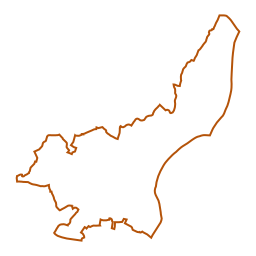 Campo De La Cruz, Atlántico, Colombia (orthographic projection)
{"feature_id": "7082276B53254947845178", "entity_name": "Campo De La Cruz", "entity_type": "district", "adm_level": 2, "iso_a3": "COL", "parent_name": "Colombia", "parent_adm1": "Atlántico", "projection": "orthographic", "projection_center": [-74.896, 10.416], "detail": "fine", "context": "isolated", "style": "outline", "palette": "amber", "viewbox_px": 256, "rotation_deg": 0, "n_neighbors": 0, "source": "geoboundaries", "source_scale": "gbopen_adm2", "svg_char_len": 5795}
<svg xmlns="http://www.w3.org/2000/svg" viewBox="0 0 256 256"><path d="M81.5,240.6L81.6,239.4L82.1,238.4L83.8,237.6L84.2,237.5L84.2,236.9L84.0,235.9L83.5,234.9L82.9,233.9L82.4,233.4L81.0,232.5L84.7,227.1L85.6,227.6L86.5,228.5L88.6,226.1L90.1,227.0L92.2,226.0L93.4,225.6L94.1,225.6L95.4,225.7L100.1,225.5L99.7,224.5L100.6,219.5L101.4,219.9L102.3,220.1L103.2,220.3L106.4,220.3L108.5,219.8L109.3,219.8L109.5,219.7L109.6,219.2L109.3,218.8L109.3,218.6L109.3,218.4L109.5,218.3L110.1,218.3L110.9,218.6L111.7,219.3L112.0,220.2L112.1,221.1L112.3,221.4L112.8,221.8L111.8,228.2L114.3,229.0L114.4,228.5L114.8,226.6L115.0,222.2L118.7,222.2L121.1,222.0L122.2,221.9L123.8,218.9L126.6,219.5L124.9,223.3L131.3,226.7L132.0,227.6L132.7,229.8L137.4,232.0L137.7,232.0L140.0,232.4L140.0,232.2L140.8,232.5L142.3,231.6L143.2,232.3L147.2,234.4L151.2,237.7L152.6,235.0L160.6,222.5L161.4,220.2L161.7,218.5L160.9,214.4L160.7,212.2L159.4,204.0L158.5,200.6L155.8,195.2L155.1,193.3L154.9,192.2L154.8,190.6L155.0,189.1L155.3,187.9L155.9,186.6L156.5,182.2L158.2,176.3L160.4,171.2L163.5,165.5L164.9,163.3L166.0,161.9L168.4,159.1L172.3,155.1L174.3,153.3L176.1,151.9L178.7,149.4L181.3,147.2L182.9,146.1L187.4,143.3L192.2,139.8L194.2,138.5L195.7,137.6L197.4,136.8L200.0,136.1L201.0,135.7L202.6,135.3L204.1,135.1L206.6,135.2L209.9,135.4L212.5,129.5L213.4,127.8L216.9,122.5L221.2,117.5L222.9,115.7L224.1,113.5L225.6,109.6L227.4,105.7L228.6,101.9L230.5,94.0L231.2,90.5L231.5,87.7L231.6,83.8L231.4,79.7L231.7,72.7L232.5,57.9L233.0,52.8L234.4,42.6L236.6,37.2L239.3,31.5L236.9,28.8L230.9,20.2L229.3,18.4L226.8,16.1L226.0,15.7L224.0,15.4L219.5,15.4L217.7,19.9L216.0,23.0L214.7,26.2L214.1,27.2L214.0,27.4L213.8,28.2L213.4,29.1L212.3,29.1L212.1,29.2L212.1,29.5L211.9,29.9L211.7,30.2L210.9,30.4L210.3,30.4L209.6,30.7L209.4,30.9L208.9,32.3L209.0,32.7L209.3,33.6L209.2,34.4L209.1,34.6L208.6,35.1L207.3,36.8L207.0,37.4L206.8,38.5L206.4,39.3L206.2,40.6L205.8,41.4L205.5,42.0L204.3,43.3L202.7,45.4L202.7,45.6L201.8,46.8L200.4,48.7L199.5,49.7L198.5,50.3L196.7,55.2L194.9,58.0L194.2,59.9L193.7,60.8L191.4,60.0L190.9,60.5L190.5,61.1L190.0,61.6L188.8,62.2L187.9,62.4L187.5,62.6L186.6,64.1L185.8,66.3L185.5,66.7L185.0,67.1L184.1,68.0L183.3,69.0L183.0,69.6L182.8,70.5L182.3,72.1L182.2,72.7L181.2,74.6L181.1,75.0L180.9,76.4L180.9,77.6L181.0,79.9L181.2,80.5L180.5,82.6L180.1,84.1L179.8,86.0L177.6,85.8L174.8,84.6L173.6,84.5L173.9,86.3L174.2,87.3L175.0,88.8L175.1,89.4L175.2,91.1L175.1,93.1L175.5,94.0L176.0,94.8L176.3,95.9L176.0,97.4L175.0,100.0L174.9,100.5L174.9,101.5L175.2,103.9L175.0,106.3L174.8,107.6L174.0,110.3L173.5,111.2L172.7,112.4L171.3,113.0L170.8,113.1L170.5,113.0L170.3,112.9L169.9,112.5L169.7,111.7L169.1,110.6L168.6,110.3L167.8,109.9L167.0,109.8L166.3,110.0L165.6,110.3L159.8,104.8L159.5,105.3L158.7,106.0L157.6,107.3L155.6,109.2L154.3,110.8L153.9,111.6L153.8,112.0L153.4,112.5L153.1,113.5L152.8,114.5L152.6,114.8L151.8,115.3L151.4,115.5L148.8,115.8L147.7,116.2L146.8,116.6L146.2,117.0L145.3,118.3L144.5,119.5L144.2,119.9L142.6,120.4L141.5,120.5L140.4,120.3L139.8,119.9L139.3,119.5L138.3,118.9L137.9,118.8L137.1,118.6L136.7,118.8L135.8,119.2L135.6,119.4L134.6,120.9L133.4,122.4L133.1,123.0L132.5,123.8L131.4,125.6L130.6,125.1L129.2,124.6L128.9,124.5L127.9,124.6L126.9,124.9L126.1,125.3L124.9,126.4L123.5,127.1L123.3,127.2L121.9,127.1L121.4,126.8L120.7,126.1L120.2,126.5L119.9,127.2L120.0,127.9L119.8,128.3L119.8,129.9L119.6,132.9L119.1,134.5L118.3,136.8L117.7,139.0L116.4,138.6L115.4,138.2L112.6,136.6L110.6,135.7L109.3,134.6L107.6,133.5L107.1,133.0L106.9,132.8L106.6,132.5L106.3,132.2L106.1,131.6L106.2,130.9L106.0,130.3L105.4,129.7L104.7,129.3L103.3,128.1L103.0,127.6L102.6,127.4L102.3,127.1L98.4,128.1L96.5,127.4L96.3,129.1L95.0,129.2L94.0,129.4L91.9,130.4L86.2,132.8L84.8,133.5L83.6,133.9L82.3,134.0L82.6,134.4L82.2,134.4L81.1,135.0L79.3,135.7L78.3,135.8L75.6,135.6L75.4,135.6L75.1,135.3L73.3,142.0L71.0,145.2L74.0,147.2L76.2,147.9L75.0,151.5L72.5,152.4L71.8,154.1L69.8,153.2L67.6,152.4L67.8,152.2L68.5,151.3L69.1,150.3L67.3,148.2L66.7,147.3L66.6,146.8L66.9,144.0L66.8,143.4L66.7,142.8L66.3,142.3L65.5,141.5L62.9,139.0L62.8,138.9L62.7,138.3L62.5,138.0L61.7,137.2L59.3,134.6L58.4,135.0L57.1,135.2L53.7,135.3L49.6,135.2L48.8,135.2L48.2,135.4L47.5,136.0L47.1,136.5L46.8,137.7L46.5,138.5L46.2,139.8L45.8,140.9L45.5,141.2L44.2,141.8L43.6,142.3L43.1,142.8L42.8,143.5L42.5,144.9L42.2,146.0L41.8,146.5L40.9,147.6L40.0,148.4L39.4,149.3L34.4,151.6L37.3,157.9L36.3,161.7L35.1,161.5L34.3,163.8L31.0,167.2L30.5,167.9L29.8,171.1L29.2,171.9L29.0,172.5L29.0,173.0L28.1,173.5L27.0,174.3L24.7,175.4L23.9,176.2L23.2,176.4L22.5,176.4L22.1,176.2L22.0,175.4L22.0,174.7L21.0,174.5L19.7,174.8L17.6,175.9L17.3,176.1L17.0,176.1L16.9,176.9L16.7,178.0L17.1,181.6L19.1,181.5L20.1,181.6L21.7,181.7L23.2,181.9L28.1,182.1L30.0,183.2L32.0,184.1L33.2,184.4L34.6,184.6L36.6,185.0L40.7,186.2L42.4,186.1L43.9,186.3L45.0,186.2L48.9,185.0L48.9,186.1L49.2,187.2L49.2,188.2L49.5,188.8L49.8,189.2L50.2,190.2L50.3,191.7L51.5,191.6L52.0,193.6L52.9,195.2L53.5,196.7L53.9,197.8L53.9,198.2L54.4,199.8L55.1,201.1L55.6,202.1L55.9,202.4L55.9,202.9L56.2,204.2L56.2,205.9L56.4,206.7L56.6,207.0L57.7,208.3L58.4,209.0L59.0,209.6L59.2,209.9L59.7,210.3L60.4,210.1L61.7,209.3L64.4,207.9L67.2,206.2L68.1,205.7L68.5,205.6L69.8,205.5L71.5,205.8L71.8,205.7L72.6,205.5L72.7,205.3L72.5,205.8L72.0,206.3L72.8,208.8L74.1,207.9L74.5,207.7L75.6,207.7L76.3,207.8L76.7,208.1L78.4,209.5L77.3,211.9L76.7,212.3L76.1,212.8L75.2,214.1L73.5,215.9L70.9,218.8L70.4,219.6L70.3,221.5L70.1,222.4L69.5,223.4L68.8,224.1L68.3,224.4L68.0,224.5L67.8,225.4L65.1,224.5L63.7,224.2L61.3,224.4L60.1,224.7L59.6,225.0L58.4,226.0L58.0,226.5L57.9,226.9L56.8,228.5L55.6,230.7L54.2,232.9L54.4,233.2L54.9,233.8L55.4,234.3L57.1,235.5L57.8,235.9L61.9,237.3L66.8,238.5L81.5,240.6Z" fill="none" stroke="#b45309" stroke-width="2"/></svg>